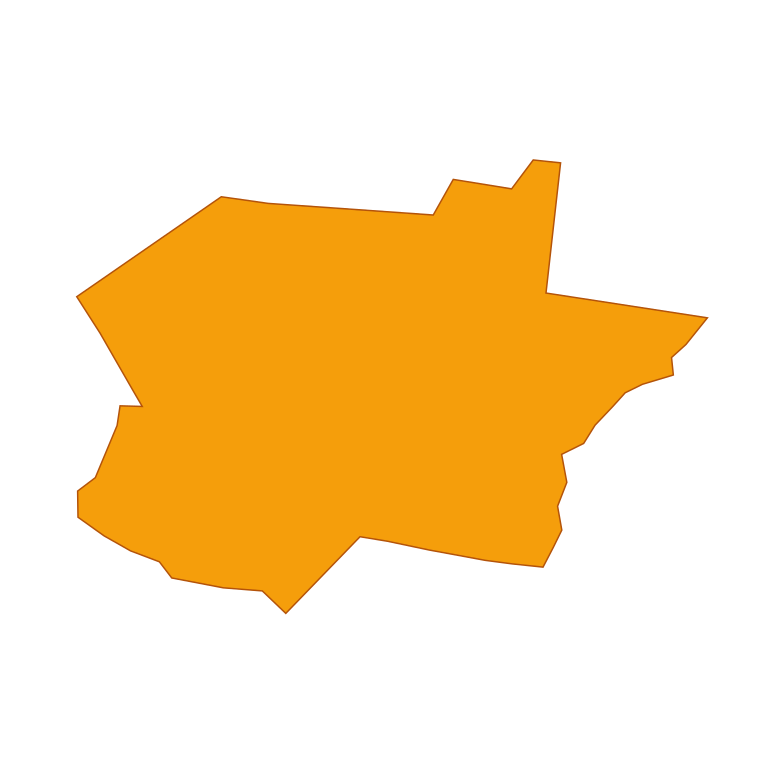 Mato Leitão, Rio Grande do Sul, Brazil, rotated 96°
{"feature_id": "56859067B86490336750804", "entity_name": "Mato Leitão", "entity_type": "district", "adm_level": 2, "iso_a3": "BRA", "parent_name": "Brazil", "parent_adm1": "Rio Grande do Sul", "projection": "equal_earth", "projection_center": [-52.13, -29.521], "detail": "fine", "context": "isolated", "style": "filled", "palette": "amber", "viewbox_px": 768, "rotation_deg": 96, "n_neighbors": 0, "source": "geoboundaries", "source_scale": "gbopen_adm2", "svg_char_len": 731}
<svg xmlns="http://www.w3.org/2000/svg" viewBox="0 0 768 768"><g transform="rotate(96 384 384)"><path d="M357.3,127.0L344.8,97.2L327.6,100.8L313.1,87.8L284.4,69.3L276.6,232.4L145.6,231.5L145.6,259.0L176.6,277.5L173.3,336.5L210.8,352.7L216.5,518.1L214.8,565.4L329.3,698.7L363.1,671.7L396.2,647.8L416.1,633.4L431.6,622.1L433.3,644.2L453.2,645.1L480.3,653.2L507.3,661.3L522.5,677.5L548.5,674.4L564.3,646.5L576.5,618.5L584.3,588.8L599.1,574.8L603.5,522.6L602.5,483.4L622.4,457.7L538.4,391.9L540.0,364.4L544.4,321.6L548.8,264.9L549.5,237.4L549.5,206.7L528.9,198.6L510.7,191.9L487.4,198.6L462.7,191.9L435.4,200.0L422.2,179.2L402.9,169.8L382.3,154.0L367.5,143.2L357.3,127.0Z" fill="#f59e0b" stroke="#b45309" stroke-width="1.5"/></g></svg>